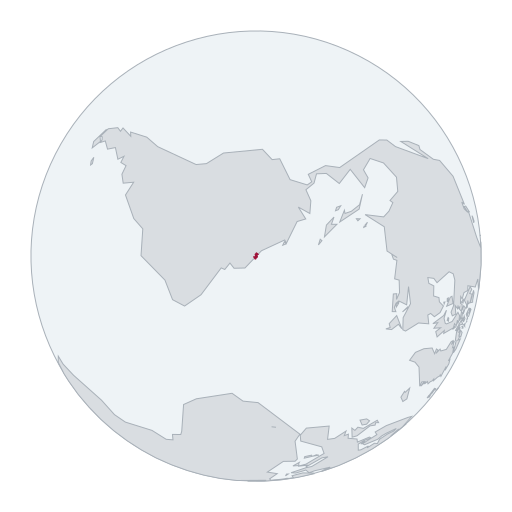 globe centered on Para, rotated 117°
{"feature_id": "SUR-68", "entity_name": "Para", "entity_type": "District", "adm_level": 1, "iso_a3": "SUR", "parent_name": "Suriname", "parent_adm1": "", "projection": "orthographic", "projection_center": [-55.311, 5.329], "detail": "fine", "context": "on_globe", "style": "filled", "palette": "rose", "viewbox_px": 512, "rotation_deg": 117, "n_neighbors": 0, "source": "natural_earth", "source_scale": "10m", "svg_char_len": 8313}
<svg xmlns="http://www.w3.org/2000/svg" viewBox="0 0 512 512"><g transform="rotate(117 256 256)"><circle cx="256" cy="256" r="225" fill="#eef3f6" stroke="#a8b0b8"/><path d="M183.0,42.9L185.4,42.2L175.8,47.9L184.1,46.6L186.3,53.7L190.6,51.7L194.2,54.1L200.6,52.8L199.2,55.2L205.4,52.3L205.5,50.5L208.3,48.8L212.0,48.1L210.9,50.7L208.9,51.4L210.5,51.9L208.3,53.6L211.5,52.4L209.7,56.1L217.0,51.6L220.2,53.9L217.5,56.7L210.6,57.4L187.2,67.9L182.3,72.2L182.4,76.8L197.6,82.6L195.2,87.4L197.2,93.1L201.9,89.6L201.9,84.0L211.0,79.6L210.0,74.1L213.6,71.8L215.5,66.3L222.9,66.3L229.1,69.5L227.9,74.3L230.6,76.1L238.0,71.3L241.9,80.8L255.0,88.7L255.1,91.7L244.1,96.9L228.3,96.7L214.0,106.2L231.1,99.6L231.2,108.3L234.5,109.8L239.0,109.4L242.1,106.1L243.7,109.4L227.5,116.4L225.7,113.5L230.9,111.1L223.4,111.5L212.5,117.5L213.4,122.1L195.9,128.5L196.4,132.1L192.8,135.9L193.3,129.5L192.1,141.5L171.7,155.0L169.6,177.6L163.2,160.0L155.7,157.9L146.3,158.3L145.7,161.8L134.1,159.0L122.0,166.6L115.2,184.6L117.3,198.6L130.4,199.4L135.5,191.6L145.8,190.2L136.0,211.4L153.6,214.7L150.5,230.8L155.3,239.4L164.7,237.4L174.3,241.6L181.9,232.2L193.7,227.3L193.2,240.5L200.4,228.5L206.6,235.0L230.7,234.7L228.7,237.7L248.8,253.5L271.7,260.4L276.9,270.0L274.1,276.0L282.2,277.7L282.4,281.6L315.5,287.4L333.0,296.9L332.8,310.5L318.8,326.2L307.9,358.6L283.2,369.2L278.1,381.9L260.9,400.0L245.8,398.5L251.4,407.4L244.0,412.6L234.5,412.8L234.0,418.9L227.1,418.9L232.5,423.0L223.2,430.5L228.2,436.8L221.9,442.5L225.4,446.1L222.3,445.9L219.6,447.1L220.0,449.0L209.7,445.4L204.4,437.4L206.4,433.4L202.3,432.6L206.2,421.9L202.5,424.0L199.7,407.3L203.2,393.2L201.7,350.9L196.2,342.1L179.0,331.7L158.0,298.7L162.8,285.4L158.6,279.0L172.5,260.3L169.4,242.6L164.6,240.0L159.5,246.5L143.9,235.1L139.2,221.6L96.6,198.8L93.3,192.1L95.2,181.4L91.1,146.8L88.2,179.0L84.7,172.5L83.7,161.0L86.7,158.2L89.3,141.9L87.5,135.8L95.5,116.6L115.4,93.7L114.5,97.2L119.4,92.0L120.8,87.6L120.6,86.2L139.3,67.7L146.4,59.7L141.2,62.2L148.2,58.3L141.6,61.9L161.8,51.4L183.0,42.9ZM167.4,185.4L187.7,196.8L175.1,198.0L177.7,196.0L172.8,191.3L163.3,187.0L152.6,189.2L167.4,185.4ZM178.9,172.9L175.3,172.0L179.0,172.0L178.9,172.9ZM119.7,86.1L120.4,87.9L117.4,93.1L116.3,91.8L119.7,86.1ZM126.0,77.5L127.6,77.1L122.0,81.9L122.9,80.6L126.0,77.5ZM136.3,65.1L136.1,65.3L135.3,65.8L136.3,65.1ZM211.2,66.8L213.3,66.6L211.9,67.7L211.2,66.8ZM210.1,64.8L207.0,66.3L206.0,65.6L207.9,64.7L210.1,64.8ZM214.2,63.3L204.6,64.2L202.9,63.1L208.9,58.9L214.2,63.3ZM203.9,50.2L204.0,52.1L200.5,51.3L203.9,50.2ZM200.9,50.2L186.1,51.3L187.8,48.6L192.4,48.6L191.9,46.1L200.1,44.2L202.2,45.1L199.5,47.1L204.7,44.9L200.9,50.2ZM209.1,48.0L206.0,48.3L207.2,45.9L213.8,45.0L211.3,46.0L209.1,48.0ZM187.8,46.6L189.9,45.0L197.0,42.9L198.8,42.0L200.4,43.9L187.8,46.6ZM212.9,46.2L217.1,44.7L219.9,45.3L212.3,47.7L212.9,46.2ZM204.8,45.8L205.7,44.7L207.3,44.9L204.8,45.8ZM232.2,47.5L228.4,47.4L228.7,46.0L232.2,47.5ZM218.5,44.1L217.5,43.9L217.2,43.5L220.4,42.7L218.5,44.1ZM205.3,42.5L207.9,42.1L205.1,41.6L210.3,40.3L210.4,42.0L212.6,40.8L214.2,40.4L212.5,42.2L205.3,42.5ZM222.9,40.8L224.8,43.0L231.8,43.3L231.7,44.4L220.4,43.9L222.9,40.8ZM216.9,41.4L220.6,41.2L218.6,42.4L214.9,43.3L216.9,41.4ZM213.9,39.1L205.8,40.5L206.0,40.2L213.9,39.1ZM225.3,40.5L224.8,40.1L226.0,40.4L225.3,40.5ZM217.8,39.1L214.9,39.6L215.3,39.2L217.8,39.1ZM226.2,38.8L226.8,39.5L224.3,40.0L226.2,38.8ZM222.7,38.8L223.9,38.1L223.0,39.8L221.3,39.0L222.7,38.8ZM218.7,38.6L217.9,38.5L219.8,38.5L218.7,38.6ZM235.3,36.8L234.8,38.9L229.3,39.9L230.5,37.7L235.3,36.8ZM227.7,452.6L210.9,446.7L220.0,449.5L224.5,446.6L234.0,451.0L227.7,452.6ZM241.7,445.3L248.0,443.7L250.0,444.7L246.2,446.0L241.7,445.3ZM418.5,100.0L414.5,96.2L408.4,90.2L411.7,93.8L414.9,96.7L417.0,99.4L414.3,97.1L412.2,94.8L410.5,94.1L420.6,106.1L425.0,110.3L424.1,114.4L431.3,122.0L433.2,126.4L421.9,115.3L418.3,110.8L402.2,100.7L405.9,105.6L421.3,115.8L419.2,115.4L424.3,123.2L418.8,117.0L401.0,105.7L396.2,110.8L400.6,132.1L395.6,135.2L386.5,133.0L374.3,113.6L386.9,109.0L382.8,103.1L371.1,96.3L376.0,95.8L372.8,92.8L376.6,91.2L373.2,82.9L375.8,81.2L365.8,72.7L365.8,70.9L371.7,76.2L377.2,79.5L382.6,76.7L381.1,74.6L374.2,69.6L376.5,69.9L369.1,65.5L368.0,62.7L363.2,62.7L354.9,58.0L349.6,53.9L346.0,52.7L354.7,59.4L359.0,62.2L364.1,64.4L374.9,73.6L374.9,75.9L360.3,67.2L358.7,69.9L348.0,62.9L330.9,47.4L328.2,44.4L341.8,47.9L347.4,50.5L345.3,50.3L355.2,54.3L350.6,52.1L352.6,52.7L345.2,49.3L346.2,49.6L337.3,46.0L337.8,46.1L343.4,48.4L341.8,47.7L358.7,55.5L375.0,64.7L390.5,75.3L405.0,87.0L418.5,100.0ZM460.4,161.3L454.8,150.5L452.3,146.0L452.1,145.5L451.6,144.6L455.5,152.2L451.2,145.1L464.7,171.1L470.5,187.0L475.0,203.2L478.3,219.8L480.4,236.5L481.3,253.4L480.8,270.2L479.1,287.0L476.2,303.6L472.0,320.0L466.6,335.9L460.1,351.5L452.3,366.5L448.2,373.4L440.6,383.9L435.0,386.7L439.9,378.8L445.1,364.4L454.6,328.2L461.6,310.1L463.3,297.0L458.6,269.5L460.1,252.8L457.5,246.5L452.9,249.4L449.2,242.0L445.9,242.6L421.2,253.1L410.3,244.3L389.2,215.0L391.2,201.7L385.7,187.6L394.8,136.0L403.3,137.1L418.1,127.0L421.1,128.0L426.6,138.4L443.4,147.8L440.3,138.3L448.4,142.7L449.1,140.9L436.7,121.7L435.4,124.1L428.0,115.8L423.3,106.2L423.6,105.4L434.3,118.3L444.1,132.0L452.8,146.3L460.4,161.3ZM399.5,160.4L401.1,164.6L399.5,160.4ZM231.5,234.6L234.3,237.1L230.4,237.2L231.5,234.6ZM172.8,203.3L177.4,203.7L179.6,205.7L176.0,206.3L172.8,203.3ZM212.4,204.2L217.8,205.4L211.9,206.4L212.4,204.2ZM191.0,198.3L207.9,203.7L196.5,207.3L185.9,204.2L193.5,203.2L191.0,198.3ZM175.6,180.2L178.4,181.2L177.2,183.5L175.6,180.2ZM181.6,173.0L180.4,173.2L179.3,171.2L181.6,173.0ZM232.1,107.8L233.5,107.4L237.9,107.8L235.4,109.2L232.1,107.8ZM260.0,101.8L262.0,107.2L258.8,104.0L255.8,106.6L245.2,103.6L254.6,93.1L252.2,98.1L260.0,101.8ZM233.7,97.6L239.3,100.1L232.8,97.8L233.7,97.6ZM351.3,80.0L355.6,81.1L358.4,84.7L355.0,88.8L350.9,83.4L351.3,80.0ZM360.9,82.1L347.3,73.4L348.8,71.1L350.2,73.7L352.6,73.1L355.6,77.3L370.4,84.4L373.8,88.1L365.8,92.5L366.5,88.7L362.3,87.5L360.9,82.1ZM309.8,61.2L303.9,59.1L314.8,56.7L319.0,59.1L316.0,62.8L309.2,62.2L309.8,61.2ZM226.6,56.4L223.6,56.9L223.9,56.0L226.7,54.9L226.6,56.4ZM230.4,47.5L239.8,53.6L236.9,54.4L245.9,57.9L241.8,61.5L236.1,58.9L239.6,64.7L232.8,63.8L236.0,67.7L223.8,61.7L217.8,61.7L226.1,60.2L230.1,56.8L230.0,55.4L225.3,51.5L214.5,50.5L216.7,47.6L221.1,45.9L224.1,45.6L221.7,47.4L227.4,45.9L226.2,48.4L230.4,47.5ZM272.1,35.7L268.1,36.4L279.3,36.6L278.2,37.9L279.6,37.9L281.6,39.3L286.4,41.2L284.9,41.8L287.4,42.4L288.8,43.6L291.8,44.7L290.0,46.3L293.6,47.8L290.7,47.7L297.2,50.1L291.6,49.2L292.9,51.1L297.7,51.0L281.0,60.3L278.4,66.1L279.2,71.8L269.5,70.2L262.4,64.3L258.0,57.3L262.0,52.5L256.9,53.0L257.2,51.0L261.1,51.4L255.4,49.7L256.7,48.2L252.8,44.0L243.6,43.2L242.0,42.0L246.2,41.6L241.6,40.7L248.5,39.3L247.5,38.5L253.3,36.7L262.1,37.0L260.3,36.2L264.6,35.2L272.1,35.7ZM237.2,36.3L248.0,35.6L252.7,36.2L240.6,39.2L240.6,40.1L233.0,42.7L226.4,42.0L229.2,41.2L230.3,40.4L231.9,40.9L231.5,39.8L235.3,38.9L236.0,37.9L239.3,37.9L237.2,36.3ZM420.2,123.7L421.7,123.7L423.2,122.6L426.3,127.8L420.2,123.7ZM408.2,116.0L409.0,115.0L414.2,121.2L412.6,121.5L408.2,116.0ZM404.9,109.5L408.6,114.5L405.7,112.0L404.9,109.5ZM371.9,75.3L372.2,74.2L374.0,75.3L375.9,77.3L371.9,75.3ZM305.0,39.1L302.0,38.7L301.0,38.3L292.9,36.9L293.1,36.2L298.0,36.8L305.0,39.1ZM439.0,125.2L441.4,129.2L440.1,127.7L439.6,126.6L439.0,125.2ZM435.6,128.3L438.5,129.9L436.4,129.8L435.6,128.3ZM303.9,38.0L300.5,37.4L302.7,37.5L303.9,38.0ZM292.8,35.6L294.6,35.5L292.2,35.9L292.8,35.6ZM290.8,33.7L294.1,34.3L292.3,34.1L290.8,33.7Z" fill="#d9dde1" stroke="#a8b0b8" stroke-width="1"/><path d="M257.1,254.7L256.9,254.7L256.9,254.8L257.0,254.9L257.0,255.0L258.7,255.1L258.8,255.4L258.8,255.5L258.7,255.5L258.6,255.8L258.2,256.3L258.2,256.5L257.9,257.0L257.8,257.4L257.7,257.4L257.7,257.2L257.6,256.9L257.6,256.7L257.3,256.5L257.3,256.4L257.2,256.1L255.9,256.0L255.9,256.3L255.7,256.6L255.4,256.8L255.2,257.0L254.9,257.3L254.7,257.3L254.5,257.2L254.4,257.2L254.0,256.9L253.9,256.9L253.6,256.9L253.3,256.9L253.3,256.7L253.4,255.8L253.6,255.2L253.7,255.3L253.6,255.5L253.9,255.7L254.0,255.7L255.3,255.6L255.5,255.6L255.7,255.4L255.7,255.2L255.7,254.9L255.8,254.8L255.9,254.7L256.2,254.7L256.4,254.7L256.8,254.6L257.1,254.7Z" fill="#f43f5e" stroke="#9f1239" stroke-width="1.5"/></g></svg>